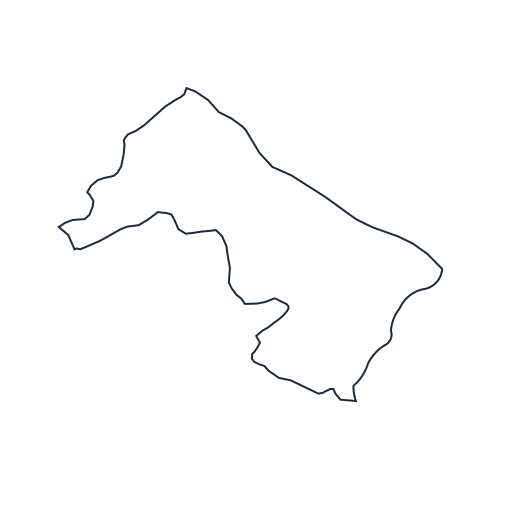 the district of Jarablus, Aleppo, Syria, rotated 53°
{"feature_id": "27442178B60985416821817", "entity_name": "Jarablus", "entity_type": "district", "adm_level": 2, "iso_a3": "SYR", "parent_name": "Syria", "parent_adm1": "Aleppo", "projection": "robinson", "projection_center": [38.008, 36.678], "detail": "fine", "context": "isolated", "style": "outline", "palette": "slate", "viewbox_px": 512, "rotation_deg": 53, "n_neighbors": 0, "source": "geoboundaries", "source_scale": "gbopen_adm2", "svg_char_len": 5912}
<svg xmlns="http://www.w3.org/2000/svg" viewBox="0 0 512 512"><g transform="rotate(53 256 256)"><path d="M141.5,396.9L142.1,394.6L144.8,392.4L146.2,387.2L149.9,372.0L151.7,359.3L153.2,347.8L155.0,341.2L160.8,331.2L161.9,320.0L161.9,307.8L164.4,305.4L167.6,301.8L171.8,298.6L177.3,299.3L188.1,301.8L196.0,298.6L199.3,293.0L203.9,284.5L208.3,277.5L211.2,272.4L219.9,271.2L230.1,273.6L239.7,278.9L249.8,284.0L260.9,293.7L267.4,294.9L275.5,294.9L281.1,293.4L287.6,293.7L294.5,284.0L298.2,276.5L301.1,266.4L306.2,263.9L312.7,260.6L315.6,260.3L317.6,261.9L318.7,264.5L320.0,270.6L320.3,276.3L320.2,282.0L320.3,289.5L319.5,295.7L320.0,304.0L327.6,305.0L330.1,310.5L331.6,315.1L332.1,318.2L335.8,321.1L339.5,321.1L344.5,318.5L348.9,315.5L355.3,315.0L367.2,311.0L376.2,303.1L388.6,296.7L403.6,288.9L405.4,285.1L406.7,277.2L408.8,274.2L413.8,275.4L421.6,275.0L431.9,263.5L431.4,263.3L431.0,263.2L430.5,263.0L429.9,262.8L429.5,262.7L429.1,262.5L428.6,262.3L428.2,262.1L427.8,261.9L427.3,261.7L426.9,261.5L426.5,261.3L426.0,261.1L425.5,260.9L425.1,260.6L424.7,260.4L424.2,260.2L423.8,260.0L423.4,259.7L422.9,259.4L422.5,259.2L422.1,258.9L421.7,258.7L421.3,258.4L420.9,258.2L420.5,257.9L420.1,257.6L419.8,257.4L419.4,257.1L419.0,256.8L418.6,256.5L418.3,256.2L418.2,255.4L418.1,254.6L418.1,254.1L418.0,253.6L417.9,252.8L417.8,252.0L417.7,251.2L417.6,250.4L417.5,249.9L417.3,249.4L417.2,248.6L417.0,247.8L416.9,247.3L416.7,246.8L416.5,246.0L416.3,245.3L416.0,244.5L415.8,243.8L415.5,243.0L415.2,242.3L414.9,241.5L414.6,240.8L414.3,240.1L414.0,239.3L413.8,238.8L413.4,238.1L413.0,237.4L412.8,236.9L412.5,236.5L412.2,235.8L411.8,235.1L411.3,234.4L410.9,233.7L410.5,233.0L410.0,232.4L409.6,231.7L409.3,231.3L409.1,230.8L408.9,230.3L408.6,229.9L408.4,229.4L408.2,228.9L408.0,228.4L407.8,227.9L407.6,227.5L407.4,227.0L407.2,226.5L407.1,226.0L406.9,225.5L406.7,225.0L406.6,224.5L406.4,224.0L406.3,223.5L406.1,223.0L406.0,222.5L405.9,222.0L405.7,221.5L405.6,221.0L405.5,220.3L405.4,219.7L405.3,219.2L405.2,218.7L405.1,218.2L405.0,217.4L404.9,216.9L404.8,216.4L404.7,215.6L404.7,215.1L404.7,214.6L404.6,214.4L404.6,213.8L404.6,213.3L404.6,213.1L404.5,212.5L404.5,212.0L404.5,211.5L404.5,211.2L404.5,210.7L404.5,210.2L404.5,209.7L404.5,209.4L404.6,208.9L404.6,208.7L404.6,208.1L404.7,207.6L404.7,206.8L404.8,206.7L404.8,206.3L404.9,206.0L404.9,205.7L405.0,205.5L405.0,205.2L405.0,204.6L405.0,204.3L405.0,204.0L405.0,203.6L405.0,203.4L404.9,202.9L404.9,202.4L404.8,202.1L404.8,201.9L404.7,201.7L404.7,201.4L404.6,201.1L404.5,200.9L404.5,200.7L404.3,200.4L404.2,199.9L404.0,199.5L403.8,199.2L403.6,198.8L403.6,198.7L403.4,198.4L403.2,198.1L403.0,197.8L402.8,197.5L402.6,197.2L402.4,197.0L402.2,196.7L401.9,196.5L401.7,196.2L401.3,195.8L401.1,195.6L400.8,195.4L400.5,195.2L400.2,194.9L400.0,194.7L399.8,194.6L399.5,194.5L399.2,194.3L398.9,194.1L398.4,193.9L398.1,193.7L397.6,193.5L397.3,193.4L397.0,193.2L396.4,192.8L396.1,192.4L395.7,192.1L395.3,191.8L394.8,191.2L394.5,190.9L394.1,190.5L393.8,190.2L393.3,189.6L393.0,189.3L392.6,188.9L392.3,188.5L391.9,188.0L391.6,187.6L391.1,187.0L390.8,186.6L390.5,186.2L390.1,185.6L389.7,185.0L389.4,184.6L389.2,184.2L388.8,183.5L388.5,183.1L388.3,182.7L388.1,182.3L387.8,181.8L387.5,181.2L387.3,180.8L387.1,180.3L386.7,179.7L386.5,179.2L386.4,178.8L386.1,178.1L385.9,177.7L385.7,177.2L385.6,176.7L385.4,176.3L385.2,175.8L385.1,175.4L384.9,174.7L384.7,174.0L384.5,173.5L384.4,173.0L384.1,172.5L383.8,171.9L383.7,171.6L383.4,171.1L383.1,170.5L383.0,170.2L382.7,169.6L382.5,169.1L382.4,168.8L382.2,168.2L382.0,167.6L381.7,167.0L381.7,166.7L381.6,166.4L381.4,165.8L381.3,165.5L381.1,164.9L381.0,164.3L380.9,164.0L380.8,163.4L380.7,163.1L380.6,162.7L380.5,162.1L380.5,161.8L380.4,161.2L380.3,160.6L380.3,160.3L380.2,159.6L380.2,159.3L380.1,158.7L380.1,158.4L380.1,157.8L380.1,157.5L380.0,156.8L380.0,156.5L380.0,156.2L380.1,155.6L380.1,155.0L380.1,154.6L380.1,154.0L380.2,153.7L380.2,153.4L380.2,152.8L380.3,152.1L380.4,151.8L380.5,151.2L380.5,150.9L380.6,150.3L380.7,150.0L380.8,149.4L380.9,148.8L381.0,148.4L381.1,148.1L381.2,147.5L381.4,146.9L381.6,146.3L381.7,146.0L381.9,145.4L382.1,144.8L382.2,144.6L382.4,144.0L382.7,143.4L382.8,143.1L383.0,142.8L383.1,142.5L383.3,142.2L383.5,141.9L383.6,141.6L383.8,141.3L383.9,141.0L384.1,140.7L384.2,140.4L384.3,140.0L384.5,139.7L384.6,139.4L384.7,139.1L384.8,138.8L384.9,138.4L385.0,138.1L385.1,137.8L385.2,137.5L385.3,137.1L385.4,136.8L385.4,136.5L385.5,136.1L385.6,135.8L385.6,135.5L385.7,135.1L385.7,134.8L385.8,134.5L385.8,134.1L385.9,133.8L385.9,133.5L385.9,133.1L385.9,132.8L385.9,132.4L386.0,132.1L386.0,131.8L386.0,131.4L385.9,131.1L385.9,130.7L385.9,130.4L385.9,130.1L385.9,129.7L385.8,129.4L385.8,129.1L385.7,128.7L385.7,128.4L385.6,128.0L385.6,127.7L385.5,127.4L385.4,127.0L385.4,126.7L385.3,126.4L385.2,126.1L385.1,125.7L385.0,125.4L384.9,125.1L384.8,124.8L384.7,124.4L384.6,124.1L384.5,123.8L384.3,123.5L384.2,123.2L384.1,122.9L383.9,122.5L383.8,122.2L383.6,121.9L383.5,121.6L383.3,121.3L383.2,121.0L383.0,120.7L382.8,120.4L382.6,120.1L382.5,119.8L382.3,119.6L382.1,119.3L381.9,119.0L381.7,118.7L381.5,118.4L381.3,118.2L381.1,117.9L380.8,117.6L380.6,117.4L380.4,117.1L380.2,116.9L379.9,116.6L379.7,116.4L379.5,116.1L379.2,115.9L379.0,115.6L378.7,115.4L378.3,115.1L357.5,117.9L352.9,119.3L351.5,119.8L340.6,123.2L326.1,130.6L303.0,145.8L286.7,154.0L250.8,165.1L241.3,168.6L213.0,179.2L208.1,181.9L194.8,189.3L175.8,191.2L149.6,188.4L144.1,189.0L138.5,190.7L131.1,193.0L118.7,199.1L102.5,200.4L87.7,205.6L80.1,210.5L83.6,215.9L83.8,220.2L82.7,227.8L82.0,238.8L84.3,266.8L83.7,276.9L81.8,285.0L82.6,288.5L84.1,292.0L88.3,294.3L95.4,300.8L103.3,309.7L106.2,316.7L106.4,321.2L104.7,325.3L102.3,330.3L100.1,337.1L100.7,345.7L103.5,352.4L106.8,352.0L114.1,352.7L118.1,356.5L122.9,364.3L123.4,370.7L119.4,376.8L116.8,381.0L114.6,388.5L114.2,396.1L117.1,395.4L126.2,393.3L132.2,394.7L141.5,396.9Z" fill="none" stroke="#1e293b" stroke-width="2"/></g></svg>